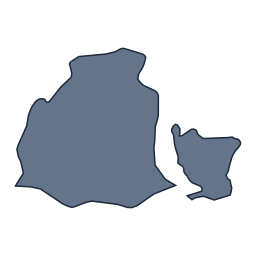 Obwalden, Albers equal-area conic projection
{"feature_id": "CHE-3427", "entity_name": "Obwalden", "entity_type": "Canton", "adm_level": 1, "iso_a3": "CHE", "parent_name": "Switzerland", "parent_adm1": "", "projection": "albers", "projection_center": [8.312, 46.869], "detail": "fine", "context": "isolated", "style": "filled", "palette": "slate", "viewbox_px": 256, "rotation_deg": 0, "n_neighbors": 0, "source": "natural_earth", "source_scale": "10m", "svg_char_len": 1721}
<svg xmlns="http://www.w3.org/2000/svg" viewBox="0 0 256 256"><path d="M175.6,185.4L154.0,193.9L137.4,205.5L132.1,207.6L127.2,207.4L117.7,204.4L91.9,201.1L86.1,202.3L74.4,206.8L71.8,207.3L68.1,206.3L62.2,203.6L57.2,200.1L40.5,189.0L31.0,186.9L15.4,186.0L23.4,173.2L20.9,162.0L18.4,156.8L16.9,149.3L18.0,145.5L26.7,125.9L28.4,115.6L30.3,110.3L31.9,106.8L35.5,101.6L37.6,99.9L40.0,98.9L42.7,98.8L44.3,99.1L45.2,99.9L45.9,101.6L47.1,102.4L49.2,101.7L61.0,86.8L71.0,77.5L71.8,73.9L71.2,70.3L69.4,63.9L70.5,62.0L78.7,56.6L106.1,54.0L114.4,52.0L117.3,50.7L119.9,49.2L122.0,48.4L124.0,48.4L142.8,54.2L144.4,55.3L145.7,57.2L144.9,60.8L144.1,63.8L142.7,67.2L141.4,69.6L139.8,71.9L138.5,74.4L137.8,79.2L140.4,82.5L143.3,85.3L155.0,90.7L157.4,93.0L158.4,96.0L158.3,115.2L157.7,118.6L155.3,126.7L154.7,141.4L153.9,148.2L155.1,165.2L165.3,179.3L175.6,185.4ZM191.9,199.7L187.2,195.8L201.3,191.3L202.4,189.9L201.5,187.4L200.0,186.0L192.3,182.8L190.4,181.1L188.9,179.2L187.0,175.8L185.4,173.9L184.6,173.0L184.2,172.2L183.9,171.1L183.5,167.9L182.8,166.5L179.1,164.1L177.9,163.0L177.9,161.1L178.2,158.6L178.0,156.2L175.2,147.1L174.5,143.6L173.6,135.2L171.9,131.8L171.6,129.3L173.5,125.8L175.5,124.4L177.3,124.9L179.9,128.7L179.9,131.4L179.8,133.4L179.4,135.0L179.4,135.8L180.4,136.0L182.2,135.5L191.6,129.2L193.8,129.1L196.1,130.1L198.0,134.5L203.1,138.5L227.1,137.6L232.3,137.1L234.0,138.3L238.2,139.3L239.5,140.6L240.3,142.1L240.6,143.4L240.0,145.1L238.6,147.3L234.9,151.4L232.2,156.4L229.4,165.7L228.3,170.9L226.1,175.2L227.3,178.1L228.5,179.3L230.0,180.2L230.4,181.9L230.8,184.3L231.7,187.9L231.2,191.5L230.2,195.0L214.2,200.0L204.3,196.5L201.8,196.5L195.2,197.8L191.9,199.7Z" fill="#64748b" stroke="#1e293b" stroke-width="1.5"/></svg>